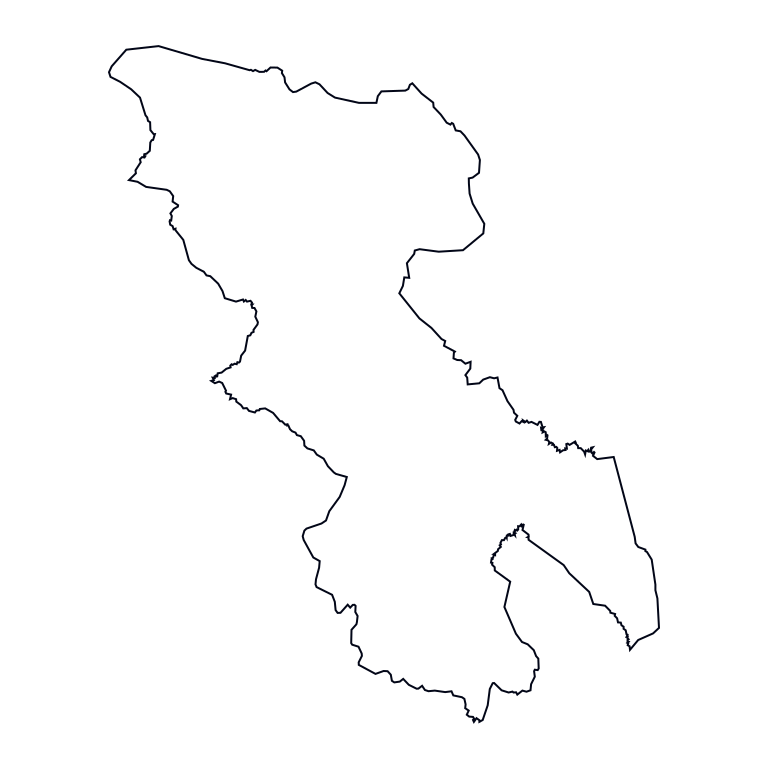 Erawan, Loei, Thailand
{"feature_id": "78962969B28697465385872", "entity_name": "Erawan", "entity_type": "district", "adm_level": 2, "iso_a3": "THA", "parent_name": "Thailand", "parent_adm1": "Loei", "projection": "mercator", "projection_center": [101.991, 17.279], "detail": "fine", "context": "isolated", "style": "outline", "palette": "ink", "viewbox_px": 768, "rotation_deg": 0, "n_neighbors": 0, "source": "geoboundaries", "source_scale": "gbopen_adm2", "svg_char_len": 6087}
<svg xmlns="http://www.w3.org/2000/svg" viewBox="0 0 768 768"><path d="M249.6,70.2L225.1,63.3L202.1,58.9L158.6,46.1L126.3,49.7L111.7,66.3L109.0,72.2L110.5,76.9L120.1,81.8L131.2,89.3L140.0,97.6L145.5,115.3L147.2,117.4L148.0,120.9L150.1,122.2L150.4,130.1L153.7,134.2L154.9,134.1L153.1,139.9L151.7,140.2L150.3,142.5L149.8,150.8L146.6,153.7L144.3,154.2L144.1,155.8L145.3,156.2L144.5,157.5L142.1,157.1L139.9,159.3L140.7,162.2L135.5,170.3L135.9,173.3L129.0,180.1L137.6,181.8L146.1,186.9L166.7,189.8L169.8,191.3L173.2,196.1L172.6,201.6L178.1,205.2L177.9,206.6L173.8,208.9L170.4,213.4L171.8,216.0L171.2,220.5L170.0,220.2L169.6,221.4L170.2,224.7L172.6,226.1L173.6,229.3L175.5,228.7L175.4,230.1L183.3,239.9L188.9,260.2L191.5,263.9L196.3,267.8L203.9,271.8L206.5,275.4L210.3,276.2L218.2,283.7L222.5,291.1L224.8,298.2L236.0,301.6L243.0,299.5L243.9,301.5L245.7,300.0L247.0,301.6L250.5,300.8L252.0,302.6L251.4,304.3L252.5,304.4L251.6,305.4L252.2,307.9L254.5,308.0L256.4,311.4L255.3,316.7L257.9,322.2L257.5,324.4L253.5,329.9L253.6,331.9L251.5,332.8L250.3,335.3L247.8,336.0L245.1,350.6L241.2,355.6L240.0,361.6L238.9,362.6L237.4,362.2L236.7,364.2L234.6,363.7L232.7,364.9L231.6,364.3L230.3,365.6L230.6,367.4L226.3,368.8L221.6,372.6L217.7,373.3L217.2,376.4L216.1,376.6L215.7,375.6L214.5,376.4L214.7,378.0L212.7,377.7L213.9,380.1L211.3,380.9L214.9,383.2L219.1,381.6L222.2,383.0L226.0,390.7L225.4,391.8L226.2,393.5L231.1,394.6L230.0,399.2L232.7,398.1L236.1,399.2L236.3,401.6L241.1,405.2L243.3,408.4L246.8,408.1L249.0,410.9L254.9,412.5L256.4,410.5L259.3,410.3L259.8,409.0L265.2,408.4L273.1,412.9L280.1,421.2L282.0,421.3L285.3,424.7L287.3,424.3L287.2,425.5L288.3,425.4L290.0,429.2L292.2,431.3L295.5,432.6L296.9,435.1L300.8,436.2L304.1,440.8L304.4,445.6L307.4,448.4L313.8,450.4L316.8,454.6L323.7,458.7L327.9,466.2L333.8,472.4L335.9,473.9L346.8,477.0L344.6,485.2L339.7,496.9L329.3,511.2L326.0,520.5L321.5,523.5L306.5,528.6L304.4,530.6L302.7,536.2L303.7,540.0L313.3,557.5L319.7,561.1L319.1,567.7L316.0,579.3L315.5,584.4L316.6,587.1L332.1,594.8L334.8,601.8L335.6,610.1L337.6,612.9L340.5,612.8L347.7,604.7L350.2,607.6L352.8,604.9L354.5,604.8L355.6,605.9L355.3,612.0L357.6,616.0L356.9,622.2L356.4,624.3L351.5,629.8L351.2,643.1L352.2,644.7L358.5,646.7L361.7,653.5L361.9,655.9L358.7,662.3L358.8,664.9L375.5,673.9L383.6,671.0L387.6,671.2L390.8,674.7L391.9,680.8L394.3,682.4L399.8,681.6L403.2,678.9L408.8,684.8L416.6,688.7L418.4,688.6L422.1,685.8L424.9,690.0L428.5,691.2L434.8,690.6L445.2,692.1L451.5,691.3L453.3,695.4L461.9,697.2L464.4,698.9L465.6,704.4L465.2,708.2L468.7,710.6L466.8,714.7L469.2,716.6L473.0,716.9L474.2,718.8L473.0,719.9L473.9,721.9L476.5,718.2L479.4,720.2L479.4,721.8L482.7,720.0L487.7,705.3L489.8,689.0L492.7,683.2L494.1,683.0L501.6,690.3L508.6,692.5L512.5,691.6L513.5,692.5L516.1,692.3L517.3,694.6L522.4,690.6L526.5,691.7L530.5,690.3L531.1,684.2L534.8,676.7L534.1,671.2L534.8,669.7L537.7,670.1L538.7,668.5L538.3,658.6L536.1,656.1L533.8,650.2L527.7,644.3L522.0,642.0L515.9,633.7L504.4,607.0L510.2,581.7L494.8,570.5L494.7,567.2L492.1,564.7L492.4,562.9L491.0,562.6L491.5,559.5L492.4,559.1L491.8,558.2L493.1,557.7L493.8,554.8L495.1,555.2L495.1,553.8L494.1,553.8L497.8,551.0L498.1,549.2L500.8,546.9L499.7,545.3L501.0,544.4L500.4,543.0L501.9,540.1L504.0,540.1L505.2,537.9L506.4,537.2L506.7,537.8L506.8,535.7L507.7,535.6L506.9,534.5L508.5,535.4L508.6,534.3L509.9,533.9L510.7,535.9L513.7,534.9L513.7,533.9L514.9,535.3L514.6,533.7L515.4,533.2L514.0,532.4L514.8,530.1L515.5,530.7L516.4,529.7L517.3,530.5L518.2,529.5L518.1,526.2L519.7,526.3L520.7,525.0L521.4,525.9L521.8,524.7L522.5,525.6L523.9,524.0L522.5,530.0L528.5,534.6L528.7,536.5L527.6,537.2L528.5,537.4L528.6,539.8L563.7,565.1L569.3,573.3L589.2,591.9L593.3,604.0L605.1,605.7L610.2,610.9L610.4,612.7L615.1,614.0L614.7,615.8L617.1,618.3L618.0,622.4L620.8,622.6L621.5,625.3L623.6,626.7L623.6,628.8L625.7,630.3L626.5,634.2L627.5,634.7L626.6,636.8L627.7,636.7L627.4,638.1L628.5,639.2L627.6,639.7L627.5,641.1L628.7,641.7L627.3,642.9L628.2,643.4L627.7,645.2L629.6,646.3L630.0,649.8L638.2,640.0L653.1,633.4L659.0,627.9L657.4,598.4L655.4,590.2L655.4,584.6L651.7,559.6L647.0,552.0L645.4,551.1L645.4,549.6L638.3,547.0L635.6,543.4L634.7,536.8L613.7,457.0L597.2,459.1L593.0,455.8L594.5,452.5L594.0,452.0L592.5,453.6L591.6,452.7L591.1,449.5L592.8,447.3L591.1,447.7L590.2,451.6L588.7,451.6L588.2,449.9L587.3,451.1L585.8,450.5L585.1,454.4L584.1,451.6L580.7,448.1L578.2,448.1L577.8,445.7L575.1,443.2L575.8,442.8L575.2,441.5L569.6,444.9L567.7,443.6L566.3,444.1L566.9,448.6L565.2,448.4L565.5,450.0L563.0,450.3L560.1,452.3L559.6,449.9L557.0,450.8L557.3,448.0L556.4,446.9L554.8,447.2L554.0,444.9L552.3,444.8L552.9,443.5L551.0,442.5L548.9,443.9L549.3,442.1L548.1,440.4L545.8,439.8L547.1,438.5L547.5,435.3L546.8,434.8L545.8,435.9L545.7,432.2L544.5,431.5L542.7,432.4L543.1,430.6L541.4,430.3L541.1,428.1L542.6,429.1L544.0,427.2L542.6,427.4L540.9,421.9L539.4,421.8L537.5,424.9L531.5,421.9L528.6,422.8L526.9,420.6L525.4,422.0L523.1,420.4L523.5,422.0L521.7,421.1L519.5,423.5L515.8,421.5L515.2,419.9L517.3,415.8L514.0,412.7L513.5,409.8L507.5,401.2L502.5,390.2L499.5,388.2L497.5,377.5L494.1,378.3L489.9,377.2L483.2,379.6L479.3,383.3L467.7,384.4L467.2,377.6L465.4,375.1L470.3,368.6L470.6,361.8L465.4,363.7L461.1,360.2L457.2,360.0L453.5,358.4L453.9,352.7L454.9,351.6L444.0,345.8L445.2,341.0L441.5,339.0L431.5,328.0L419.4,318.4L399.3,293.3L402.9,285.9L404.3,277.4L409.2,277.8L406.9,263.2L414.2,253.9L414.8,250.5L419.6,249.2L438.7,251.7L463.0,250.2L483.3,233.4L484.3,223.8L472.7,203.6L469.6,193.6L468.9,183.5L468.8,178.4L472.6,177.6L479.0,172.8L479.9,160.0L478.1,154.5L464.5,135.5L460.5,131.3L455.7,130.4L453.2,123.8L451.8,123.0L450.4,124.6L446.7,122.7L440.8,114.6L433.6,107.0L433.2,102.6L421.6,93.6L412.3,83.3L409.9,84.8L408.3,89.0L405.3,90.6L381.4,91.4L377.8,96.2L376.4,102.9L359.1,102.9L335.0,97.6L327.6,93.0L319.5,84.3L315.4,82.3L311.2,83.6L296.3,91.6L293.0,92.1L289.5,89.4L285.1,82.4L284.5,77.3L281.9,73.1L282.2,70.7L277.4,67.6L270.5,67.5L266.5,71.2L265.5,70.5L264.1,71.8L259.4,71.9L255.2,69.9L253.0,71.1L250.9,69.8L249.6,70.2Z" fill="none" stroke="#020617" stroke-width="2"/></svg>